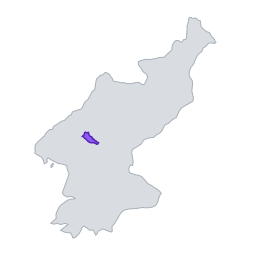 Huichon City, Chagang-do, North Korea shown in context, rotated 355°
{"feature_id": "82179303B50455397600006", "entity_name": "Huichon City", "entity_type": "district", "adm_level": 2, "iso_a3": "PRK", "parent_name": "North Korea", "parent_adm1": "Chagang-do", "projection": "equal_earth", "projection_center": [126.213, 40.154], "detail": "fine", "context": "in_parent", "style": "filled", "palette": "violet", "viewbox_px": 256, "rotation_deg": 355, "n_neighbors": 0, "source": "geoboundaries", "source_scale": "gbopen_adm2", "svg_char_len": 3937}
<svg xmlns="http://www.w3.org/2000/svg" viewBox="0 0 256 256"><g transform="rotate(355 128 128)"><path d="M155.5,196.2L154.5,196.8L152.7,200.2L151.0,204.5L149.3,206.9L147.4,208.1L145.4,208.9L141.3,209.2L137.6,208.9L136.4,208.5L131.3,208.7L129.9,209.0L122.6,208.7L118.8,209.1L116.3,209.9L113.9,211.6L111.7,214.3L109.9,217.1L106.1,222.2L103.4,224.7L103.4,228.3L103.3,229.4L102.4,230.2L102.1,229.9L100.5,229.6L94.3,226.3L89.2,228.3L87.9,230.9L86.5,231.8L84.5,226.6L81.1,226.5L75.8,222.0L73.6,222.9L73.0,224.7L70.1,228.9L66.0,232.3L64.7,232.8L63.2,232.5L63.4,231.6L61.8,227.7L55.4,226.1L53.1,224.5L51.9,224.1L58.2,219.8L59.8,219.1L58.6,218.1L57.3,217.6L52.1,218.2L49.4,216.8L45.5,217.3L42.8,216.1L48.5,211.9L48.7,209.4L48.7,207.6L51.6,202.0L54.4,198.9L61.9,194.5L65.1,193.9L67.4,194.1L69.3,193.7L67.3,192.0L65.4,191.2L61.5,191.4L57.6,188.9L57.2,186.2L65.0,169.5L65.1,168.0L63.9,163.9L63.6,160.0L58.1,157.7L55.7,157.4L48.6,153.0L45.8,150.7L44.7,151.4L44.5,154.9L43.5,155.7L41.6,156.4L40.7,152.4L39.2,149.4L34.6,146.4L32.9,144.8L33.8,141.2L33.4,140.9L34.1,136.9L37.0,133.9L44.1,128.4L45.9,125.8L49.5,122.8L51.1,122.9L52.7,122.6L53.2,121.3L53.6,120.3L55.0,119.3L58.5,117.7L62.3,115.5L65.4,114.9L69.2,111.6L70.8,110.2L72.3,110.2L72.8,109.5L73.6,107.8L74.9,106.7L76.5,106.5L79.3,105.7L82.7,105.2L85.1,102.5L85.9,100.5L87.4,98.3L90.7,96.0L92.9,92.5L95.4,88.8L96.6,87.6L97.8,87.3L98.5,85.9L99.3,81.9L100.4,78.0L101.1,76.2L104.0,74.2L104.7,73.2L105.4,72.9L106.7,73.2L108.5,72.0L110.2,70.7L111.7,71.2L113.3,72.2L114.9,74.4L115.6,76.1L116.9,77.5L117.2,79.6L118.5,80.5L121.2,81.0L125.7,82.4L128.6,82.5L130.3,83.5L133.8,84.1L140.7,83.3L143.5,83.8L144.7,85.1L146.5,86.1L147.6,86.1L149.1,84.4L150.8,81.5L151.8,79.3L151.8,77.5L150.8,75.6L148.5,73.9L147.0,71.2L145.5,68.4L144.7,67.5L144.0,66.1L143.8,64.0L144.3,62.6L147.7,61.7L152.1,61.1L155.7,61.7L161.7,61.3L165.3,60.5L168.0,60.6L170.5,60.6L171.6,59.4L175.1,56.6L176.8,55.5L178.6,53.6L178.8,51.6L179.2,49.9L180.2,48.1L182.0,46.0L183.5,45.0L185.3,45.1L187.1,46.1L188.3,47.1L189.6,46.8L190.6,45.1L191.3,44.8L193.4,44.6L194.1,43.6L194.8,38.6L195.5,34.6L195.6,31.8L197.4,27.3L197.9,24.5L199.0,23.2L200.3,23.3L201.4,24.2L202.7,24.6L204.5,24.2L205.8,24.9L206.6,26.4L209.2,27.4L209.5,28.1L209.6,33.1L211.1,35.4L213.0,37.5L215.8,39.4L217.2,39.9L218.1,41.2L218.9,43.6L220.9,45.9L221.9,47.6L222.2,49.3L223.1,50.3L221.6,51.4L219.6,50.7L216.2,50.3L212.0,53.8L209.7,55.0L208.1,58.3L204.8,60.3L203.0,62.5L200.7,66.2L199.2,69.7L195.7,73.4L193.7,78.0L193.6,82.0L196.0,86.0L196.3,89.4L194.8,96.5L195.8,104.1L194.8,107.1L183.8,112.2L181.0,114.8L177.0,121.6L172.1,124.1L169.0,126.8L164.7,128.5L162.0,133.2L159.1,135.9L155.5,137.5L152.8,139.6L146.8,139.8L142.6,141.3L139.6,145.2L130.6,149.8L129.4,153.2L130.0,158.5L130.1,162.6L129.3,165.9L127.3,165.0L126.3,166.1L125.1,169.2L125.5,172.7L128.6,173.9L131.1,175.3L134.7,176.0L137.4,177.7L143.1,185.2L147.8,188.4L149.0,189.7L151.7,191.3L154.1,193.9L155.5,196.2ZM49.7,159.6L48.0,160.7L47.9,158.7L49.3,157.0L50.6,156.7L49.7,159.6Z" fill="#d9dde1" stroke="#a8b0b8" stroke-width="1"/><path d="M82.0,132.3L82.3,132.3L82.5,132.5L83.5,134.0L83.8,134.3L84.4,134.9L85.1,135.4L85.5,135.8L85.9,136.3L86.0,136.4L86.6,137.3L86.8,137.5L87.0,137.7L87.3,138.1L88.1,138.7L88.8,139.1L89.7,139.4L89.9,139.4L90.2,139.4L90.9,139.6L92.2,139.6L92.6,139.7L93.1,139.9L93.3,140.1L93.9,140.4L94.6,140.8L95.2,141.3L95.4,141.4L95.9,141.5L96.2,141.4L96.3,141.3L96.5,141.2L97.2,140.4L97.4,140.2L96.8,139.7L95.9,139.2L95.3,139.0L95.2,138.6L95.0,138.2L94.8,137.8L94.3,137.7L93.8,137.8L93.4,137.4L93.2,136.5L92.9,136.0L92.5,135.8L91.9,135.8L91.4,135.2L91.5,134.2L91.3,133.9L90.6,133.4L90.0,133.3L89.3,132.8L89.1,132.0L88.7,131.5L88.5,131.2L88.3,130.4L88.3,129.7L88.3,129.0L87.7,129.0L87.2,129.1L86.6,129.2L86.2,129.3L85.8,128.9L85.4,128.5L84.7,128.6L84.4,128.8L84.3,129.2L84.0,130.1L83.8,130.6L83.5,131.3L83.0,131.5L82.7,131.6L82.5,131.8L82.0,132.3Z" fill="#8b5cf6" stroke="#5b21b6" stroke-width="1.5"/></g></svg>